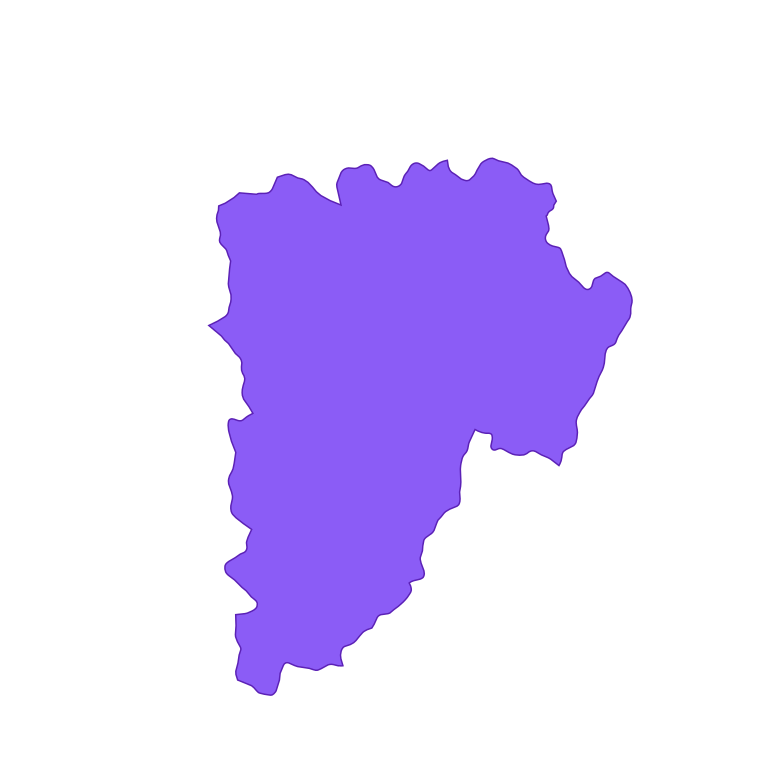 map outline of Šumadijski (Equal Earth projection), rotated 244°
{"feature_id": "SRB-839", "entity_name": "Šumadijski", "entity_type": "District", "adm_level": 1, "iso_a3": "SRB", "parent_name": "Republic of Serbia", "parent_adm1": "", "projection": "equal_earth", "projection_center": [20.746, 44.097], "detail": "fine", "context": "isolated", "style": "filled", "palette": "violet", "viewbox_px": 768, "rotation_deg": 244, "n_neighbors": 0, "source": "natural_earth", "source_scale": "10m", "svg_char_len": 6171}
<svg xmlns="http://www.w3.org/2000/svg" viewBox="0 0 768 768"><g transform="rotate(244 384 384)"><path d="M358.4,645.3L353.6,644.7L350.6,643.7L348.7,642.7L345.4,640.0L343.6,638.8L339.1,636.6L336.3,634.4L335.2,633.1L333.5,630.1L327.6,621.0L325.0,616.4L322.8,613.6L319.7,610.4L319.1,609.3L318.7,608.0L318.6,606.4L318.8,602.4L318.4,600.8L317.1,598.7L314.1,596.0L306.2,591.2L302.8,588.4L300.8,586.3L296.6,580.7L293.0,576.8L283.8,568.1L282.6,566.3L280.7,562.1L276.5,554.7L274.4,550.2L272.5,547.3L269.6,543.3L267.1,541.0L265.3,539.9L262.4,538.8L258.5,537.7L255.6,536.6L250.7,533.6L247.3,530.9L246.4,529.7L245.5,527.5L245.3,518.9L244.7,515.8L244.1,514.7L242.7,513.3L240.2,511.7L237.3,509.5L235.2,507.2L234.0,505.5L243.5,500.8L245.7,499.3L251.3,494.4L256.8,490.7L258.2,489.3L259.1,487.7L259.4,486.1L259.4,484.4L258.9,482.0L258.9,480.3L259.0,478.6L260.6,474.6L262.9,470.8L264.6,468.8L267.8,466.2L272.6,462.9L274.6,461.1L275.2,460.0L275.6,458.9L275.9,455.2L276.3,454.1L277.0,453.2L278.4,452.5L279.5,452.4L280.7,452.6L281.7,453.1L286.6,456.9L288.4,457.9L290.6,458.6L291.7,458.5L292.7,458.0L293.7,456.8L295.3,453.6L297.5,450.7L300.7,447.7L303.2,445.9L294.8,435.6L293.3,434.0L289.0,430.8L287.6,429.4L286.6,427.9L285.1,424.5L284.1,423.0L282.8,421.6L278.9,418.4L277.2,417.2L274.0,415.3L262.2,410.1L258.5,408.0L253.8,404.6L247.4,402.0L245.2,400.7L243.7,399.4L242.8,398.3L242.2,396.2L242.7,388.1L242.3,383.5L241.6,381.3L239.5,376.9L237.9,372.7L235.7,370.2L230.5,364.8L229.4,362.9L228.9,361.5L227.7,354.5L227.1,352.8L226.1,351.3L221.5,347.9L217.2,345.4L212.2,340.6L210.6,339.7L206.8,338.8L198.6,338.0L195.7,337.0L194.1,335.8L193.0,334.3L192.7,332.6L192.8,330.8L194.2,324.5L194.4,322.3L194.3,320.4L194.1,319.4L190.9,319.4L188.6,318.9L186.8,318.2L185.4,317.0L184.3,315.4L182.0,311.4L180.7,308.5L179.6,305.5L177.9,299.4L176.9,294.0L175.6,288.9L175.8,287.0L178.1,279.9L178.1,278.2L177.8,276.8L177.1,275.5L172.4,269.8L170.0,266.1L170.6,261.1L170.4,257.6L170.0,255.9L168.2,251.6L165.7,246.3L164.8,243.3L164.6,239.5L165.4,233.5L165.2,231.9L164.0,229.8L162.7,228.4L159.5,226.1L156.0,224.8L148.8,223.6L149.1,222.6L150.9,219.2L154.1,215.4L155.1,213.9L155.7,212.4L156.1,210.7L155.7,202.7L155.8,199.8L155.9,198.9L156.6,197.2L158.2,195.3L161.2,192.2L167.9,182.5L170.2,180.2L175.2,176.0L176.0,174.8L176.4,173.5L176.2,171.8L175.2,170.2L169.5,163.8L163.7,160.2L155.5,152.5L154.8,151.4L153.9,149.2L153.6,147.4L153.7,146.7L154.1,145.6L155.1,144.1L157.6,140.5L160.4,137.1L161.7,135.9L164.2,135.0L168.0,134.0L170.9,132.7L182.1,122.7L187.8,123.6L190.8,124.9L197.2,130.4L203.9,135.0L208.0,138.9L209.1,139.4L210.4,139.6L216.7,139.3L221.8,139.8L223.9,140.6L231.5,145.0L241.7,149.6L238.6,158.2L238.0,160.7L237.8,165.6L237.9,167.9L238.4,170.1L239.0,171.4L239.8,172.4L242.0,173.8L243.2,174.1L244.9,174.0L246.8,173.3L250.9,171.4L258.5,169.5L263.5,167.2L273.4,163.8L280.5,160.2L282.6,159.5L284.4,159.3L287.4,159.9L289.6,161.0L290.6,161.7L291.6,163.1L292.2,164.8L292.6,166.9L293.1,173.8L294.1,180.3L293.9,184.3L294.1,185.6L294.6,186.8L295.7,188.2L297.3,189.3L301.6,190.8L302.7,191.6L305.9,194.7L311.3,201.3L320.2,196.4L328.7,192.3L333.0,190.9L334.9,190.7L336.7,190.9L339.2,191.7L341.7,193.0L347.1,197.3L349.0,198.4L350.4,198.9L354.0,199.7L362.2,200.6L365.1,201.7L366.8,202.8L369.3,205.1L372.0,208.9L374.0,211.2L378.4,214.6L387.5,220.8L399.5,221.8L408.7,223.6L410.7,224.1L415.2,225.8L417.1,226.9L418.6,228.0L419.3,228.8L419.7,229.8L419.7,230.9L419.4,232.0L418.0,233.9L415.1,236.8L414.2,238.1L413.6,239.5L413.5,241.1L414.6,246.0L414.9,248.3L415.1,253.3L422.7,252.7L431.8,251.2L435.8,251.7L438.4,252.7L441.1,254.2L444.5,256.9L447.5,259.7L449.8,261.2L452.9,261.8L455.4,261.6L458.7,262.0L461.9,263.4L465.3,265.5L467.9,266.1L469.8,266.1L471.6,265.8L476.6,263.8L488.5,262.0L493.4,260.0L498.4,258.9L513.4,252.2L513.4,262.1L514.2,270.6L514.7,272.4L515.6,274.2L516.9,275.7L520.8,278.4L524.9,282.2L527.4,283.8L531.3,285.6L539.3,287.0L542.3,288.0L555.5,295.9L561.8,300.1L567.9,300.4L572.8,301.1L574.7,301.0L580.9,298.9L583.5,298.6L585.0,299.0L586.4,299.8L589.5,302.3L592.4,303.5L602.9,304.9L606.2,306.1L609.3,308.1L612.6,311.3L616.5,313.5L616.1,320.6L617.3,330.9L619.2,337.8L610.4,352.6L610.3,354.3L609.9,355.5L607.5,360.6L606.9,362.2L606.5,364.3L606.9,366.3L607.6,368.0L608.5,369.4L616.6,378.8L615.5,386.9L614.5,390.0L612.7,392.4L607.0,396.8L604.1,400.4L602.6,401.7L598.5,404.1L592.2,406.1L586.4,407.5L581.0,409.9L572.4,416.0L563.7,423.8L581.6,428.0L584.1,429.0L585.6,430.2L592.9,438.2L593.8,440.0L594.3,441.7L594.4,443.4L594.2,445.2L593.7,446.9L590.8,451.8L590.1,453.4L589.8,455.0L590.1,459.1L589.7,462.6L588.6,464.8L587.7,466.3L586.5,467.5L585.4,468.1L583.0,468.8L581.1,469.0L572.8,468.6L570.1,469.5L568.6,470.7L563.3,476.0L559.0,478.0L557.5,479.0L556.3,480.4L555.6,482.1L555.4,483.8L555.6,485.4L556.0,486.7L556.7,487.9L561.3,492.5L562.4,493.8L563.4,495.6L564.8,498.6L567.9,503.0L568.5,504.2L568.9,505.5L569.1,507.2L568.9,508.8L568.4,510.1L567.7,511.2L566.7,512.2L562.5,515.1L556.9,517.6L555.8,518.6L555.5,519.6L555.6,520.7L558.1,529.2L558.4,531.3L558.2,534.8L557.3,539.0L551.2,537.1L547.6,536.9L546.0,537.2L544.5,537.7L540.8,540.0L534.3,543.3L531.9,545.6L530.7,547.0L530.1,548.6L529.9,550.2L531.7,556.1L533.0,558.4L535.4,561.4L539.4,567.5L540.1,569.5L540.4,571.6L540.5,576.1L540.2,578.1L539.3,580.5L538.0,581.8L534.5,584.7L528.2,592.3L524.8,594.8L519.2,597.9L517.2,598.5L511.6,599.0L508.6,600.2L502.8,603.6L499.3,606.0L497.2,608.0L495.7,610.3L494.6,613.3L493.2,618.1L492.5,619.3L491.3,620.6L489.8,621.2L487.9,621.1L483.7,619.8L481.2,619.3L472.8,619.0L470.4,615.1L468.2,613.7L467.5,612.8L467.0,611.3L466.8,609.0L466.4,607.5L465.7,606.2L464.3,604.8L463.9,603.4L454.4,601.4L451.2,600.3L449.6,599.2L447.3,595.5L446.0,594.0L444.3,592.9L443.0,592.5L441.6,592.3L439.9,592.4L438.7,592.8L436.3,594.1L434.1,596.0L430.4,600.5L429.2,601.5L428.1,601.9L425.7,601.9L416.6,600.7L409.5,599.2L402.1,599.1L398.2,599.9L390.2,603.6L383.3,605.6L381.9,606.2L380.4,607.3L379.5,608.8L379.3,610.4L379.6,611.9L380.5,613.5L385.1,617.6L385.8,618.6L386.4,620.1L385.9,626.0L386.8,631.6L386.8,632.7L386.4,633.7L385.7,634.6L384.6,635.2L380.2,637.2L371.1,642.7L367.8,644.4L363.2,645.2L358.4,645.3Z" fill="#8b5cf6" stroke="#5b21b6" stroke-width="1.5"/></g></svg>